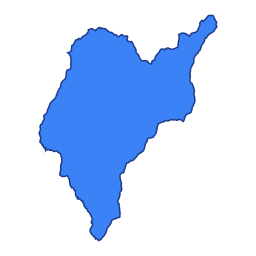 Salento, Quindío, Colombia
{"feature_id": "7082276B37195114642514", "entity_name": "Salento", "entity_type": "district", "adm_level": 2, "iso_a3": "COL", "parent_name": "Colombia", "parent_adm1": "Quindío", "projection": "equal_earth", "projection_center": [-75.548, 4.594], "detail": "fine", "context": "isolated", "style": "filled", "palette": "blue", "viewbox_px": 256, "rotation_deg": 0, "n_neighbors": 0, "source": "geoboundaries", "source_scale": "gbopen_adm2", "svg_char_len": 5650}
<svg xmlns="http://www.w3.org/2000/svg" viewBox="0 0 256 256"><path d="M39.1,133.2L39.5,133.5L39.3,134.0L39.4,134.3L39.7,134.6L40.0,135.7L40.2,136.0L40.2,136.4L40.5,136.6L40.5,137.1L40.7,137.5L40.8,138.0L40.4,139.3L40.3,140.8L39.8,141.5L40.0,142.1L40.5,142.2L41.0,142.5L40.9,142.9L41.2,143.3L41.6,143.5L42.0,144.2L41.9,144.4L42.4,145.2L42.5,145.1L43.2,145.5L43.7,147.4L44.2,147.9L45.1,148.3L45.1,148.9L45.3,148.9L45.2,148.6L45.6,148.3L45.7,147.9L45.9,147.9L45.7,150.3L46.0,149.9L46.8,150.0L47.9,149.6L48.9,149.7L49.9,150.3L50.2,150.4L50.7,150.2L51.1,149.7L51.5,150.3L52.1,150.5L54.3,151.6L55.1,151.2L56.0,151.0L56.6,151.1L57.2,151.5L57.7,152.1L58.5,152.5L60.1,153.6L60.6,154.3L61.1,155.6L61.2,156.6L61.8,158.1L61.7,160.5L62.0,161.5L62.0,162.1L61.3,163.3L60.9,164.7L60.7,166.5L60.8,169.7L59.8,173.6L59.8,174.9L61.4,176.1L62.3,176.5L64.8,176.4L67.3,175.6L69.2,178.9L69.7,182.0L69.9,183.2L70.0,184.5L70.3,185.5L71.0,186.5L71.5,187.7L72.6,187.4L73.0,187.6L74.2,190.0L74.8,190.8L75.4,191.3L75.5,194.2L76.3,196.8L77.2,196.8L78.3,197.6L78.3,198.1L77.3,198.4L77.3,198.7L77.8,199.0L79.8,199.1L80.3,199.4L81.1,200.4L81.7,200.7L82.4,200.6L82.7,200.8L82.9,201.2L82.8,201.3L82.4,201.0L82.2,201.2L83.2,202.8L83.7,203.9L84.2,206.4L85.3,207.2L85.5,207.5L85.8,208.4L87.0,208.9L87.4,210.3L87.7,211.0L89.5,213.0L90.3,214.3L91.8,217.5L92.1,218.6L92.2,219.9L91.1,222.4L91.4,223.0L92.3,223.3L92.8,224.1L92.1,225.9L90.9,228.0L90.0,230.0L90.2,231.7L91.3,233.7L92.8,235.5L93.5,236.1L93.9,236.7L94.9,237.0L95.1,237.6L95.2,238.8L95.4,239.0L95.7,239.0L96.4,238.6L97.2,238.9L97.5,239.1L97.8,239.9L98.3,240.2L98.6,240.6L100.7,239.6L101.3,239.0L102.3,237.4L102.9,237.0L103.8,236.0L105.4,233.5L106.3,231.6L107.0,228.6L110.7,223.7L111.7,220.8L112.4,219.8L114.9,218.7L115.9,218.7L117.4,217.8L119.4,217.3L119.9,216.8L119.9,214.1L120.1,212.7L119.7,211.3L119.6,208.6L119.1,205.6L119.1,204.2L118.9,203.6L117.8,202.1L117.7,201.4L117.9,200.3L119.0,198.4L119.9,195.2L119.9,192.2L120.6,191.3L121.2,190.9L121.7,189.7L121.4,186.5L121.1,185.1L121.3,183.7L121.3,182.8L120.1,178.4L119.9,175.7L120.1,174.7L120.8,173.7L122.1,173.0L123.3,172.7L123.9,172.3L124.2,170.3L125.0,168.3L126.0,164.6L126.5,163.5L127.4,162.9L128.3,162.7L129.6,161.7L130.3,161.4L131.2,160.2L132.0,160.6L132.8,160.6L135.6,157.8L138.9,153.6L141.0,152.8L141.4,152.2L142.9,151.2L143.6,150.4L144.3,148.7L145.4,144.0L145.9,143.2L146.4,142.0L147.1,141.5L147.2,139.6L147.5,139.0L149.0,138.2L150.5,138.0L153.3,137.1L153.7,136.6L154.0,135.8L154.5,135.4L155.9,133.3L156.5,131.7L156.6,130.3L157.1,128.6L157.2,127.2L158.2,124.0L159.0,123.4L161.9,122.1L164.5,121.5L165.3,120.5L168.5,120.9L169.8,120.1L171.1,119.7L172.0,119.7L173.1,119.9L175.8,119.8L177.1,120.3L178.2,119.6L180.3,119.6L181.5,120.1L183.2,121.5L183.8,120.8L184.7,117.6L185.7,115.6L186.2,114.9L187.0,114.2L190.6,112.7L191.0,112.4L191.9,109.6L192.2,107.6L192.5,106.8L193.5,105.2L193.6,104.4L194.7,102.2L194.8,101.3L194.8,99.8L194.6,96.9L193.8,94.2L194.5,91.3L194.1,89.8L194.0,88.7L192.2,83.9L191.7,83.2L190.3,82.3L190.0,81.2L189.9,80.1L190.0,78.4L190.3,76.5L190.0,73.4L190.5,71.0L190.6,68.3L193.8,62.5L193.8,59.3L194.5,56.9L196.7,54.0L198.0,53.1L198.9,51.0L199.8,50.4L200.1,50.1L201.4,45.9L202.8,43.6L204.2,41.7L204.4,41.0L204.8,38.9L205.1,38.4L205.6,38.1L206.4,38.0L206.7,37.2L207.8,35.5L209.2,34.5L210.5,33.2L211.8,32.8L214.2,30.9L214.2,30.4L214.4,30.1L216.0,28.0L216.9,26.3L216.2,25.4L216.1,24.4L216.2,23.5L216.7,22.3L215.4,20.5L214.3,18.0L212.9,15.5L210.4,15.4L208.6,15.6L208.1,15.9L205.3,19.5L203.7,21.2L202.5,20.4L202.0,20.4L201.7,20.6L200.0,22.6L199.8,23.4L199.9,25.1L198.8,27.9L197.2,31.1L195.6,32.3L191.3,33.4L189.3,36.3L189.0,36.2L188.5,35.4L187.5,35.0L186.2,33.8L183.3,33.1L182.3,33.0L181.6,33.2L178.8,34.4L179.1,36.9L179.1,38.6L178.4,41.9L178.3,43.6L178.0,44.8L178.0,46.2L177.7,46.9L177.1,47.5L176.0,47.8L174.9,48.7L173.8,48.8L172.1,49.4L171.3,49.3L169.2,48.3L167.5,48.0L166.0,48.5L164.7,49.8L163.9,49.2L163.2,49.0L162.0,49.3L161.1,49.1L159.9,50.6L159.1,52.2L155.8,56.0L155.1,57.9L154.7,60.0L153.3,60.3L152.3,60.8L151.8,61.7L151.5,63.6L150.9,64.1L148.6,63.0L147.4,61.2L146.9,60.9L145.2,60.6L142.2,60.9L141.5,60.5L140.4,59.3L139.1,56.8L138.6,54.9L136.5,53.0L136.1,52.3L136.0,49.9L135.7,49.0L135.2,48.0L134.2,46.7L133.8,45.8L133.0,43.8L131.6,41.6L131.4,41.4L130.7,41.9L130.0,42.0L129.5,41.8L129.2,41.4L127.9,41.2L127.6,40.8L127.3,40.1L127.1,38.5L127.7,36.8L127.4,36.3L127.0,36.0L126.3,35.8L125.2,36.4L124.3,36.4L122.6,35.0L121.8,34.6L120.9,35.0L119.7,36.1L119.1,36.4L118.6,36.5L117.8,36.4L117.3,36.1L116.7,35.2L116.1,34.8L115.2,34.6L114.4,35.0L113.3,33.7L111.5,32.3L110.3,32.6L109.8,32.5L109.2,31.9L108.4,31.4L107.5,30.4L106.2,29.8L105.7,28.9L105.4,28.7L104.9,28.7L104.0,29.0L103.5,28.9L102.6,28.1L102.0,28.0L101.7,28.1L100.9,28.8L100.6,28.2L99.7,27.4L98.9,28.0L98.0,28.0L97.1,29.3L96.1,29.7L95.7,30.4L95.4,30.6L94.9,30.5L93.7,29.6L91.9,28.7L90.9,28.8L88.9,29.6L88.3,29.7L88.3,31.6L88.1,32.2L87.3,32.9L86.3,34.3L85.6,35.0L82.7,36.4L81.4,38.2L80.9,38.5L80.4,39.0L78.6,38.4L78.3,39.6L77.7,39.4L76.3,40.0L75.6,40.1L73.8,44.2L73.2,44.9L72.3,45.2L71.8,45.8L71.7,46.3L71.7,47.5L71.5,48.6L71.5,49.7L71.1,50.8L70.3,51.9L69.8,52.3L68.6,52.4L67.8,52.7L68.7,53.3L70.4,55.9L70.8,58.1L71.0,60.2L70.8,64.3L70.9,67.1L70.8,68.0L70.1,69.1L69.0,69.6L67.8,69.8L67.1,70.3L66.7,70.9L66.3,72.5L66.1,76.2L65.7,77.9L65.3,78.7L62.9,80.9L61.5,82.6L61.1,83.6L60.4,87.3L59.0,89.2L57.7,91.7L56.7,94.8L56.5,95.5L56.3,95.5L56.2,96.3L55.5,97.8L54.9,98.6L50.6,102.6L47.9,109.2L47.0,112.4L45.7,114.2L44.5,114.9L43.9,115.6L43.7,116.5L44.3,118.0L44.3,119.1L42.9,121.4L42.1,123.7L40.9,124.4L40.3,125.5L40.0,126.4L40.4,128.5L40.4,129.8L39.1,133.2Z" fill="#3b82f6" stroke="#1e3a8a" stroke-width="1.5"/></svg>